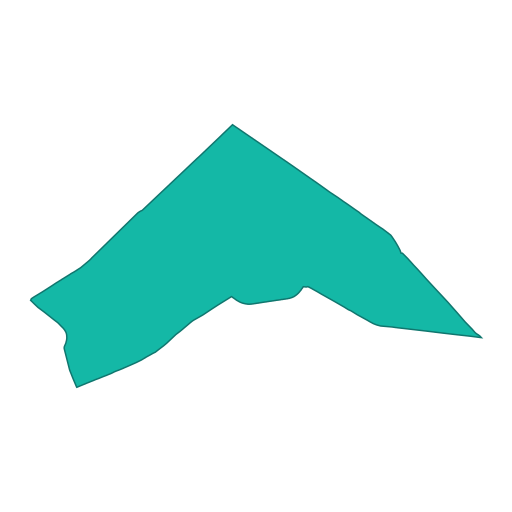 outline of Misr al-Gadida, Al Qahirah, Egypt
{"feature_id": "37247803B70915432571750", "entity_name": "Misr al-Gadida", "entity_type": "district", "adm_level": 2, "iso_a3": "EGY", "parent_name": "Egypt", "parent_adm1": "Al Qahirah", "projection": "mercator", "projection_center": [31.323, 30.091], "detail": "fine", "context": "isolated", "style": "filled", "palette": "teal", "viewbox_px": 512, "rotation_deg": 0, "n_neighbors": 0, "source": "geoboundaries", "source_scale": "gbopen_adm2", "svg_char_len": 5608}
<svg xmlns="http://www.w3.org/2000/svg" viewBox="0 0 512 512"><path d="M231.7,125.5L222.6,134.2L221.0,135.8L204.0,152.0L201.5,154.4L198.3,157.4L198.0,157.7L197.7,157.9L146.3,206.5L142.2,210.4L140.7,211.0L140.1,211.4L139.5,211.7L137.8,212.9L91.9,257.8L91.6,258.1L91.3,258.5L89.6,260.2L84.0,264.9L80.9,267.5L80.5,267.8L80.2,268.0L79.9,268.2L79.7,268.3L79.4,268.5L78.8,268.9L78.4,269.1L77.9,269.5L77.5,269.7L76.9,270.1L76.3,270.5L75.6,271.0L75.0,271.3L74.3,271.8L73.7,272.1L73.1,272.5L72.4,272.8L71.8,273.2L71.2,273.5L70.6,273.9L70.1,274.3L69.7,274.5L69.3,274.8L69.2,274.8L68.9,275.1L68.4,275.3L68.0,275.6L67.5,275.9L67.0,276.2L66.5,276.5L66.4,276.6L66.0,276.8L65.6,277.1L65.4,277.2L65.2,277.3L64.9,277.5L64.6,277.7L64.4,277.8L63.8,278.2L63.6,278.3L63.2,278.6L62.6,278.9L62.0,279.3L61.6,279.5L61.3,279.8L60.9,280.0L60.5,280.3L60.1,280.5L59.8,280.7L59.2,281.1L58.8,281.3L58.6,281.4L58.0,281.8L57.6,282.1L57.4,282.2L56.8,282.5L51.7,285.9L42.5,291.8L33.9,297.0L31.4,298.7L31.2,299.0L31.0,299.4L30.9,299.7L31.0,300.1L30.7,300.4L32.3,301.9L34.2,303.8L38.0,307.4L44.4,312.2L53.6,319.5L57.4,322.4L58.1,323.0L58.7,323.6L60.8,325.8L63.0,328.0L63.4,328.4L63.7,328.8L64.0,329.2L64.3,329.6L64.7,330.1L65.0,330.6L65.7,331.9L65.9,332.2L66.1,332.6L66.2,333.0L66.3,333.4L66.4,333.8L66.5,334.2L66.6,334.6L66.7,335.2L66.7,335.7L66.7,336.2L66.8,336.7L66.8,337.2L66.8,337.8L66.8,338.5L66.7,338.9L66.7,339.3L66.6,339.7L66.6,340.1L66.3,341.2L66.1,342.0L66.0,342.6L65.7,343.4L65.6,343.8L65.3,344.3L65.3,344.5L65.0,345.1L64.7,345.8L64.5,346.2L64.4,346.5L64.3,346.9L64.2,347.3L64.2,347.7L64.2,348.1L64.2,348.5L64.3,348.9L64.4,349.4L69.6,369.9L69.8,370.3L69.9,370.8L70.1,371.2L70.3,371.7L73.0,378.5L76.0,385.6L76.4,386.5L76.5,386.8L76.8,387.3L86.4,383.3L88.7,382.4L90.9,381.5L93.2,380.6L95.5,379.6L98.3,378.6L101.0,377.5L103.7,376.4L106.4,375.4L108.5,374.5L110.6,373.7L112.5,372.8L114.4,371.8L116.6,370.9L118.8,370.1L121.0,369.2L123.2,368.3L124.0,367.9L124.7,367.6L126.8,366.7L130.0,365.3L136.1,362.6L141.4,360.0L146.5,356.9L150.0,355.0L152.1,353.8L152.8,353.4L153.2,353.2L155.3,352.2L160.3,348.3L163.6,345.8L166.7,343.2L169.9,340.2L175.9,334.5L179.6,331.7L181.8,329.9L183.0,328.9L183.7,328.3L183.9,328.1L184.5,327.6L186.4,326.0L188.4,324.3L190.4,322.6L192.4,321.0L193.0,320.6L193.6,320.2L203.1,314.8L211.8,309.0L217.8,305.1L231.5,296.6L232.1,297.0L232.4,297.2L232.7,297.4L232.8,297.5L233.2,297.8L233.7,298.1L234.1,298.4L234.5,298.7L234.7,298.8L234.8,298.9L235.2,299.2L235.6,299.5L236.0,299.8L236.3,300.0L236.7,300.3L237.1,300.5L237.4,300.7L237.8,300.9L238.2,301.1L238.6,301.4L239.0,301.6L239.5,301.8L239.9,302.1L240.2,302.2L240.6,302.4L241.0,302.5L241.4,302.7L241.9,302.9L242.4,303.0L242.8,303.2L243.3,303.3L243.8,303.4L244.2,303.6L244.7,303.6L245.1,303.7L245.5,303.8L245.9,303.9L246.3,303.9L246.8,304.0L247.2,304.1L247.6,304.1L247.9,304.1L248.4,304.2L249.0,304.2L249.5,304.2L249.8,304.2L250.2,304.1L250.7,304.1L251.2,304.1L251.7,304.0L252.3,303.9L252.8,303.9L253.4,303.8L254.0,303.7L254.4,303.6L254.7,303.6L255.1,303.5L255.5,303.5L255.6,303.4L255.9,303.4L256.4,303.3L256.8,303.3L257.0,303.2L257.3,303.2L257.8,303.1L258.2,303.1L258.3,303.0L258.8,303.0L259.0,302.9L259.4,302.9L259.6,302.8L259.9,302.8L260.4,302.7L260.6,302.7L261.0,302.6L261.4,302.6L261.6,302.5L261.9,302.5L262.2,302.4L262.5,302.4L262.9,302.3L263.1,302.3L263.6,302.2L264.4,302.1L264.9,302.0L265.3,302.0L266.0,301.9L266.7,301.8L267.2,301.7L268.1,301.5L268.6,301.5L269.1,301.4L269.6,301.3L270.2,301.2L270.7,301.2L271.2,301.1L271.9,301.0L272.2,300.9L272.5,300.9L273.3,300.8L273.9,300.7L274.3,300.6L275.3,300.5L275.7,300.4L276.2,300.3L277.1,300.2L278.0,300.1L278.8,300.0L279.1,299.9L279.6,299.9L280.3,299.8L281.0,299.6L281.6,299.5L282.2,299.5L282.7,299.4L282.8,299.4L283.3,299.3L283.9,299.2L284.4,299.1L285.0,299.1L285.5,299.0L286.0,298.9L286.6,298.8L287.0,298.8L287.5,298.7L287.9,298.6L288.3,298.5L288.9,298.4L289.5,298.3L290.0,298.1L290.4,298.0L290.9,297.9L291.3,297.7L291.8,297.5L292.0,297.5L292.2,297.4L292.6,297.2L292.9,297.1L293.3,296.9L293.6,296.8L294.0,296.6L294.3,296.3L294.7,296.1L295.2,295.8L295.7,295.4L296.3,295.0L296.6,294.7L296.9,294.5L297.2,294.2L297.5,294.0L297.7,293.7L298.0,293.5L298.3,293.2L298.8,292.7L299.0,292.4L299.5,291.9L299.9,291.3L300.4,290.8L300.8,290.3L301.2,289.8L301.5,289.2L301.9,288.7L302.2,288.3L302.4,288.0L302.7,287.7L302.8,287.5L302.9,287.3L303.1,287.0L303.3,286.7L305.1,286.9L306.1,287.0L307.0,286.9L307.8,286.6L308.3,286.8L312.0,288.7L312.4,289.0L312.8,289.2L317.3,291.7L319.0,292.7L320.7,293.7L321.0,293.9L321.2,294.0L324.4,295.8L334.9,301.7L344.6,307.3L346.6,308.6L347.3,309.0L347.9,309.4L348.6,309.8L349.3,310.1L350.0,310.4L351.1,310.9L357.2,314.7L367.6,320.4L369.6,321.6L373.3,323.6L376.6,324.9L380.6,326.0L392.2,327.0L396.2,327.6L396.6,327.6L397.1,327.7L413.7,329.6L426.6,331.1L442.9,333.1L457.6,334.8L470.3,336.2L480.2,337.5L481.3,337.6L481.0,337.3L480.3,336.4L478.9,335.3L478.4,334.9L477.8,334.6L477.6,334.5L477.3,334.2L476.7,333.9L476.2,333.5L475.7,333.1L475.1,332.6L472.1,329.1L465.1,321.9L457.3,312.9L453.4,308.5L448.2,302.6L442.0,295.9L437.1,290.7L430.9,284.0L426.2,278.9L421.4,273.5L417.3,269.0L413.6,265.1L407.7,258.5L405.3,256.1L403.8,254.6L402.4,253.2L401.7,253.2L401.1,253.2L400.0,250.2L397.9,246.2L395.4,241.9L393.8,239.5L392.0,236.8L390.7,235.1L388.9,233.7L385.5,231.1L382.9,229.1L379.2,226.7L375.4,224.1L368.2,219.0L363.2,215.5L361.2,214.1L360.6,213.6L360.0,213.1L359.8,212.9L359.1,212.3L355.0,209.5L348.8,205.1L343.2,201.3L337.9,197.5L334.4,195.2L329.7,192.1L316.9,182.9L310.4,178.4L290.1,164.2L233.2,125.2L232.7,124.8L232.6,124.7L232.2,125.0L231.7,125.5Z" fill="#14b8a6" stroke="#0f766e" stroke-width="1.5"/></svg>